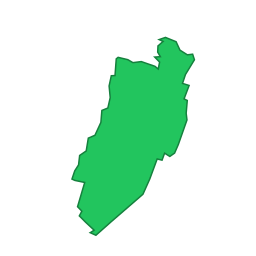 the district of Hawkins, Tennessee, United States of America, rotated 139°
{"feature_id": "52423323B16359627496109", "entity_name": "Hawkins", "entity_type": "district", "adm_level": 2, "iso_a3": "USA", "parent_name": "United States of America", "parent_adm1": "Tennessee", "projection": "robinson", "projection_center": [-82.986, 36.418], "detail": "fine", "context": "isolated", "style": "filled", "palette": "green", "viewbox_px": 256, "rotation_deg": 139, "n_neighbors": 0, "source": "geoboundaries", "source_scale": "gbopen_adm2", "svg_char_len": 858}
<svg xmlns="http://www.w3.org/2000/svg" viewBox="0 0 256 256"><g transform="rotate(139 128 128)"><path d="M33.1,135.9L30.8,141.3L35.2,144.3L37.7,152.7L35.1,161.6L40.3,171.8L46.5,174.3L44.7,170.3L51.5,170.3L55.8,165.8L56.8,160.6L61.3,164.0L60.9,157.0L66.5,152.7L67.2,156.9L74.4,169.4L81.4,174.1L83.3,179.7L89.1,187.8L91.5,187.9L103.4,176.1L106.3,178.4L114.7,172.1L121.5,162.6L130.1,156.3L136.2,158.4L144.8,150.0L157.7,144.2L164.6,146.4L174.6,138.1L182.5,139.0L189.5,132.6L196.3,130.6L203.8,126.2L202.5,123.3L196.4,115.3L217.7,101.7L217.4,95.5L222.4,93.6L221.8,84.6L220.6,73.1L225.2,73.8L222.6,68.1L202.7,68.3L198.2,68.3L160.2,68.2L145.1,75.2L126.3,85.5L123.4,81.4L116.9,85.0L115.1,79.1L109.3,78.5L100.9,82.5L78.2,95.4L74.4,101.0L65.2,109.9L66.6,113.2L54.0,120.0L57.6,125.9L49.5,130.7L33.1,135.9Z" fill="#22c55e" stroke="#15803d" stroke-width="1.5"/></g></svg>